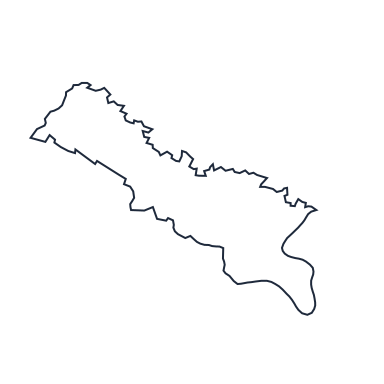 the district of Itatiba do Sul, Rio Grande do Sul, Brazil, rotated 122°
{"feature_id": "56859067B16431259864776", "entity_name": "Itatiba do Sul", "entity_type": "district", "adm_level": 2, "iso_a3": "BRA", "parent_name": "Brazil", "parent_adm1": "Rio Grande do Sul", "projection": "equal_earth", "projection_center": [-52.482, -27.355], "detail": "fine", "context": "isolated", "style": "outline", "palette": "slate", "viewbox_px": 384, "rotation_deg": 122, "n_neighbors": 0, "source": "geoboundaries", "source_scale": "gbopen_adm2", "svg_char_len": 2609}
<svg xmlns="http://www.w3.org/2000/svg" viewBox="0 0 384 384"><g transform="rotate(122 192 192)"><path d="M235.0,29.1L231.0,26.4L226.4,26.4L222.9,27.4L220.3,29.1L217.3,31.7L214.7,34.1L212.4,36.9L209.9,39.7L207.4,41.9L204.0,44.0L200.6,44.9L197.8,45.5L195.1,46.8L192.3,49.4L191.1,53.5L190.6,58.5L190.8,62.3L191.9,66.0L193.3,69.4L194.6,73.5L195.3,76.8L195.1,80.7L193.9,83.8L191.7,86.1L187.4,87.0L183.6,87.0L180.6,86.9L177.0,85.9L173.3,84.9L170.0,84.1L166.0,83.1L162.9,82.6L159.8,82.0L156.5,81.7L153.0,81.8L149.2,81.8L145.5,80.5L141.4,77.0L141.1,83.0L142.5,85.9L144.9,88.0L140.9,89.7L142.0,93.2L141.7,98.1L147.0,97.9L149.5,97.3L151.4,101.1L149.1,102.5L150.9,107.0L146.3,111.5L143.8,109.6L138.1,113.6L140.2,115.8L143.0,116.2L147.1,120.2L146.5,124.9L149.0,132.9L151.5,136.9L148.9,137.4L140.4,135.8L143.1,145.9L143.1,150.1L146.5,153.2L145.5,158.3L150.7,161.6L152.4,166.4L150.8,169.6L156.2,174.8L155.5,180.7L162.0,184.7L157.4,189.0L161.3,189.8L163.8,189.2L167.8,192.8L171.0,188.9L174.5,194.7L175.8,197.8L169.7,200.4L171.7,202.7L171.8,207.8L163.5,208.5L162.9,212.2L161.5,218.0L162.5,222.2L167.1,219.7L172.8,219.0L174.1,222.0L174.1,227.4L171.3,228.3L171.0,234.5L177.7,238.2L175.6,241.4L175.5,248.5L172.8,250.4L174.5,256.5L168.8,257.0L170.6,261.7L166.4,266.1L164.7,260.5L159.8,258.9L161.7,267.6L159.0,272.3L161.1,275.1L161.9,279.0L164.7,277.9L165.8,281.2L166.4,286.1L163.8,289.3L160.3,289.0L161.3,295.6L155.0,295.4L157.6,301.2L156.6,306.4L160.9,310.1L156.8,314.2L152.6,312.9L150.2,321.6L153.6,323.7L157.2,327.3L159.1,336.1L155.1,334.7L155.0,338.6L157.9,343.3L161.3,344.9L164.1,349.1L167.7,348.5L174.1,351.7L177.0,350.0L181.5,349.2L187.3,348.1L191.9,349.4L196.1,352.0L198.9,354.6L208.0,355.5L210.9,352.6L213.7,352.2L220.8,356.8L231.6,357.6L227.2,342.9L219.2,342.9L220.2,335.9L223.0,334.9L223.4,327.1L222.8,318.7L221.0,311.8L217.7,313.4L218.5,303.3L219.6,289.0L216.0,289.0L216.1,263.0L216.0,255.1L221.4,253.8L220.2,247.3L222.6,242.2L227.6,238.0L231.5,237.9L235.0,238.0L237.4,236.2L239.6,234.1L233.0,222.6L225.5,217.2L233.3,207.4L230.0,198.7L226.8,198.5L226.1,193.1L229.5,190.0L232.1,188.9L234.4,185.7L235.2,181.6L234.6,173.3L230.1,170.1L231.0,165.5L231.7,161.4L231.4,157.6L230.2,153.4L228.0,149.6L227.2,146.3L225.4,142.7L223.7,139.8L223.0,135.8L232.0,130.5L234.0,127.9L236.4,125.7L239.2,124.7L242.0,123.6L243.2,120.5L243.3,115.7L245.4,109.4L245.9,104.6L243.8,101.8L241.7,99.5L239.3,96.9L237.0,93.9L234.1,90.5L230.7,86.3L227.6,81.4L226.2,77.0L225.9,72.7L225.9,68.1L226.7,63.4L228.2,57.8L229.0,54.1L230.5,50.0L232.3,46.2L234.0,43.1L235.6,39.3L236.5,34.4L235.0,29.1Z" fill="none" stroke="#1e293b" stroke-width="2"/></g></svg>